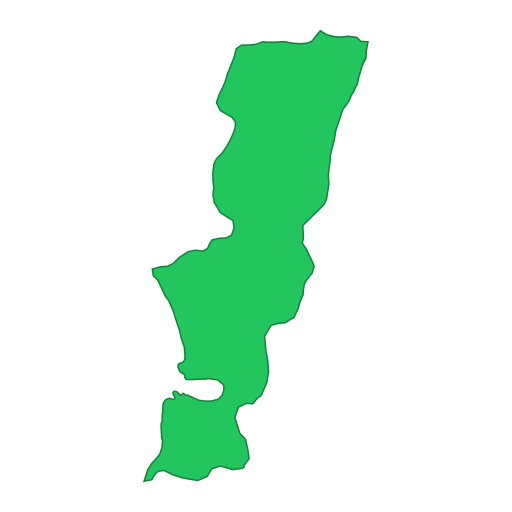 Ndokwa East, Delta, Nigeria
{"feature_id": "59680162B10854216301983", "entity_name": "Ndokwa East", "entity_type": "district", "adm_level": 2, "iso_a3": "NGA", "parent_name": "Nigeria", "parent_adm1": "Delta", "projection": "natural_earth1", "projection_center": [6.478, 5.659], "detail": "fine", "context": "isolated", "style": "filled", "palette": "green", "viewbox_px": 512, "rotation_deg": 0, "n_neighbors": 0, "source": "geoboundaries", "source_scale": "gbopen_adm2", "svg_char_len": 2983}
<svg xmlns="http://www.w3.org/2000/svg" viewBox="0 0 512 512"><path d="M239.8,433.3L234.9,417.5L238.5,407.0L241.9,405.7L244.5,404.1L247.6,403.2L251.0,403.7L252.6,403.8L254.5,401.9L257.3,398.2L261.2,395.5L265.2,386.2L266.8,382.7L267.8,375.9L268.6,372.0L268.4,370.3L267.9,361.7L265.9,350.4L264.7,337.6L264.6,336.3L271.0,325.4L278.0,323.4L284.0,322.9L285.4,322.7L291.1,319.0L294.1,317.5L295.8,313.5L297.9,309.4L298.9,305.9L300.4,301.0L301.1,299.3L303.0,295.1L303.6,288.3L304.5,283.7L306.9,279.7L309.6,276.2L312.1,273.2L314.2,266.2L311.9,260.8L309.2,255.2L307.3,251.2L306.2,249.1L306.0,248.6L302.3,243.1L303.5,237.7L302.8,225.5L323.9,204.7L326.4,199.7L328.9,184.2L328.3,175.6L329.1,168.1L330.1,161.2L330.3,155.4L333.1,144.5L334.2,140.6L335.8,130.4L339.3,120.0L342.7,109.7L346.9,104.1L349.6,99.8L351.1,95.8L353.8,91.3L355.3,87.7L357.3,84.2L358.8,77.0L362.4,65.2L365.9,58.4L366.1,53.8L366.2,51.4L368.0,41.8L360.6,41.3L356.9,37.4L347.9,36.2L341.6,37.1L334.5,36.7L326.3,34.6L320.4,30.7L315.9,36.0L311.8,41.4L306.6,43.2L300.7,43.7L293.2,43.3L284.3,41.6L279.4,41.9L276.1,42.1L267.9,42.2L262.7,41.8L256.8,44.1L250.1,45.0L246.8,45.1L241.5,45.1L240.1,46.1L236.3,48.7L234.1,57.1L231.2,64.6L227.5,73.9L225.3,81.4L224.1,84.0L223.0,86.7L219.0,95.1L216.4,102.6L220.2,110.5L226.9,114.4L227.0,114.4L232.1,117.4L235.5,122.2L235.1,127.9L232.9,134.1L229.6,141.2L226.6,146.5L222.2,153.1L216.6,158.5L214.0,163.8L213.5,167.6L212.9,171.7L213.0,180.9L213.8,187.1L213.0,195.0L214.2,202.5L217.2,207.3L218.3,209.3L220.1,212.5L226.0,216.3L233.0,220.6L234.1,227.9L231.5,235.2L225.9,238.0L220.1,238.2L212.0,239.9L209.9,243.2L209.4,244.2L207.5,248.5L202.8,251.0L195.7,250.2L188.3,251.6L183.3,254.8L179.4,257.4L173.5,263.2L167.5,266.3L160.4,266.8L152.3,269.1L153.4,276.1L157.5,279.6L165.4,296.3L168.9,301.0L170.2,303.9L173.7,312.5L176.0,320.0L179.4,330.1L181.2,338.0L184.3,347.2L185.0,356.0L184.9,359.0L183.3,362.0L179.9,363.3L178.4,364.3L177.9,365.9L178.7,369.2L180.2,371.9L183.0,373.8L184.6,374.7L185.1,376.3L184.7,377.3L185.7,379.1L187.2,379.6L193.4,379.6L197.5,379.3L202.4,379.1L205.8,379.1L207.0,378.7L210.0,378.7L218.1,380.1L220.4,382.2L222.9,384.3L223.9,386.2L223.7,390.8L222.2,395.1L218.3,399.3L210.9,401.1L205.3,401.1L199.0,400.3L189.3,396.0L188.1,395.1L185.9,395.2L183.3,393.3L182.0,394.4L180.1,395.1L177.4,392.2L175.4,391.3L173.7,391.5L172.9,392.9L173.6,395.1L175.0,397.5L174.2,399.1L173.0,399.5L169.3,398.2L165.7,399.7L163.8,402.0L163.0,404.5L162.9,407.5L162.8,410.3L162.1,416.4L162.2,420.9L161.2,423.7L161.1,426.5L161.5,434.3L161.7,437.8L162.6,440.3L162.0,447.4L161.2,449.9L159.8,454.1L156.5,458.3L151.9,463.2L147.9,469.5L144.0,481.3L146.7,480.5L150.2,480.2L152.1,479.4L153.2,476.9L154.7,474.9L156.6,472.4L159.4,471.0L164.2,470.5L172.4,474.6L182.2,477.8L188.1,478.9L189.2,479.1L197.8,480.5L200.6,479.3L207.2,476.4L211.9,468.7L220.5,466.0L228.4,468.3L233.0,469.6L242.3,468.3L244.2,467.0L243.9,465.6L249.1,458.8L248.0,450.5L245.5,439.3L239.8,433.3Z" fill="#22c55e" stroke="#15803d" stroke-width="1.5"/></svg>